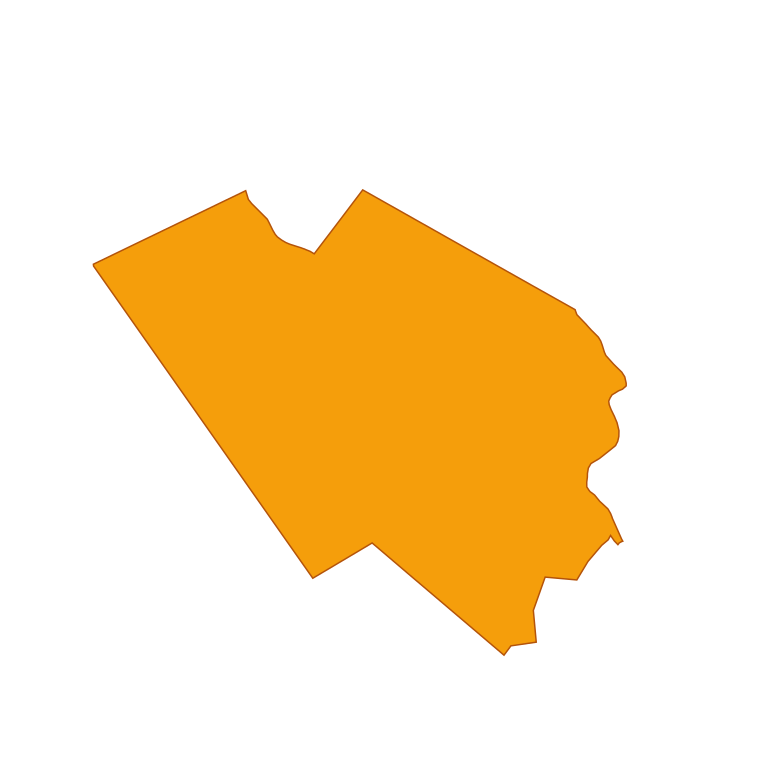 outline of Raveneau, Soufrière, Saint Lucia, rotated 135°
{"feature_id": "8701671B21269769416552", "entity_name": "Raveneau", "entity_type": "district", "adm_level": 2, "iso_a3": "LCA", "parent_name": "Saint Lucia", "parent_adm1": "Soufrière", "projection": "equal_earth", "projection_center": [-61.048, 13.81], "detail": "fine", "context": "isolated", "style": "filled", "palette": "amber", "viewbox_px": 768, "rotation_deg": 135, "n_neighbors": 0, "source": "geoboundaries", "source_scale": "gbopen_adm2", "svg_char_len": 1454}
<svg xmlns="http://www.w3.org/2000/svg" viewBox="0 0 768 768"><g transform="rotate(135 384 384)"><path d="M196.3,301.4L209.7,349.2L261.8,536.3L300.1,531.0L341.3,525.4L342.5,530.2L344.2,534.1L344.8,535.7L345.7,537.5L346.3,538.9L348.5,543.1L350.6,547.2L351.4,548.7L352.2,550.5L353.4,553.5L354.6,558.1L355.0,560.8L355.4,563.5L355.1,566.8L353.9,571.4L351.3,579.0L350.0,583.1L350.0,605.2L349.7,607.7L349.4,610.4L345.1,618.5L504.8,674.2L506.0,672.7L571.7,297.0L504.8,280.0L501.1,233.4L490.9,107.4L479.4,109.1L458.9,93.8L438.5,118.3L406.6,133.5L386.2,109.1L365.2,114.3L344.1,116.0L335.7,115.3L330.9,116.7L332.1,110.2L332.2,105.0L331.3,105.1L330.0,105.3L328.3,104.8L326.9,104.3L326.3,104.0L325.7,106.2L317.5,127.5L316.9,128.6L315.3,132.3L314.5,135.4L314.0,137.2L314.4,148.5L313.6,156.6L314.0,159.7L314.4,162.0L314.3,163.0L314.2,163.9L313.6,166.8L313.4,167.8L310.1,171.2L306.1,174.3L303.4,176.9L298.9,180.1L293.9,181.4L290.6,180.6L284.4,179.0L271.5,177.5L263.8,176.7L262.1,177.3L259.3,178.2L256.7,179.8L255.0,180.9L250.9,184.8L248.8,188.2L246.6,191.8L244.9,196.0L244.0,198.1L243.4,199.9L241.5,205.4L239.4,210.1L237.2,213.0L233.9,214.3L230.4,215.1L222.9,213.3L219.0,211.7L214.1,211.4L212.2,213.3L208.7,218.8L207.5,224.2L207.6,232.9L207.6,236.0L207.4,239.4L207.0,247.2L205.7,250.6L202.2,257.2L200.4,261.1L199.3,265.5L199.3,275.7L199.1,280.0L199.0,281.7L198.9,283.0L198.6,296.6L196.8,300.5L196.3,301.4Z" fill="#f59e0b" stroke="#b45309" stroke-width="1.5"/></g></svg>